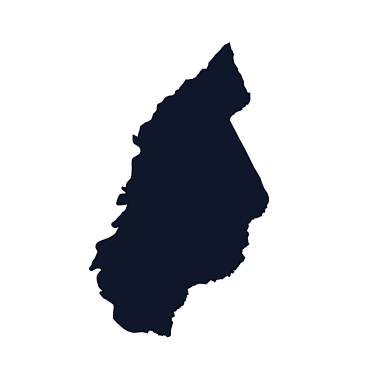 the district of Rong Kham, Kalasin, Thailand, rotated 21°
{"feature_id": "78962969B70209465678714", "entity_name": "Rong Kham", "entity_type": "district", "adm_level": 2, "iso_a3": "THA", "parent_name": "Thailand", "parent_adm1": "Kalasin", "projection": "albers", "projection_center": [103.731, 16.292], "detail": "fine", "context": "isolated", "style": "filled", "palette": "ink", "viewbox_px": 384, "rotation_deg": 21, "n_neighbors": 0, "source": "geoboundaries", "source_scale": "gbopen_adm2", "svg_char_len": 6072}
<svg xmlns="http://www.w3.org/2000/svg" viewBox="0 0 384 384"><g transform="rotate(21 192 192)"><path d="M168.8,340.3L176.6,343.2L178.9,343.8L181.3,344.2L185.6,344.1L188.9,343.3L195.5,339.9L200.6,339.2L200.7,337.4L201.5,336.4L201.6,335.6L201.9,335.4L203.9,335.6L204.3,335.4L204.5,334.9L205.0,334.8L205.4,335.0L205.6,335.4L206.9,336.2L207.4,336.2L207.8,335.5L208.1,335.4L209.0,336.2L211.8,336.4L212.3,337.1L212.7,336.9L213.2,336.1L214.1,336.5L215.8,336.3L215.7,335.3L216.0,335.0L217.7,335.2L218.3,335.0L219.9,334.9L220.2,335.1L220.3,335.6L220.6,335.7L222.4,334.6L222.9,333.3L221.1,328.5L220.7,323.5L220.3,322.2L220.6,321.9L220.5,320.8L218.4,319.6L218.3,318.5L217.4,317.0L217.5,315.9L218.6,315.5L219.2,314.5L219.7,314.0L218.7,312.8L217.9,311.6L216.7,311.2L217.3,310.2L217.1,309.6L217.3,309.3L217.7,309.4L218.1,309.0L218.7,309.1L219.0,308.9L219.1,308.2L219.4,307.7L219.0,306.7L219.5,306.5L219.8,305.8L220.3,306.0L220.9,305.3L219.9,305.2L220.6,304.5L220.7,303.7L221.6,303.6L221.1,303.1L221.5,301.8L221.4,301.2L222.0,301.0L222.5,302.1L223.2,301.3L223.2,300.9L224.0,300.3L223.9,299.1L223.4,297.9L223.6,297.3L223.5,296.7L224.0,296.3L224.5,295.5L223.9,294.7L224.0,293.8L223.9,292.7L224.3,292.1L223.5,291.4L223.3,290.9L223.8,290.0L223.9,289.2L224.7,288.9L224.8,288.6L223.7,287.9L223.5,286.5L222.4,285.5L222.2,284.2L222.9,282.8L224.2,281.5L225.9,279.2L226.9,278.2L228.1,277.5L228.6,276.3L229.5,275.8L230.2,274.9L231.1,274.7L231.6,274.1L233.6,273.7L234.3,273.2L236.2,273.0L237.0,272.5L237.8,272.5L238.0,271.6L238.6,271.3L238.5,270.8L238.8,270.4L239.0,269.9L239.5,269.6L239.7,269.2L239.5,268.1L239.7,267.8L242.2,266.6L243.2,267.1L244.4,266.7L245.1,267.4L245.4,267.4L245.7,265.3L246.2,264.3L247.9,263.7L249.3,262.5L251.0,262.1L253.1,258.8L254.5,257.1L254.8,256.5L255.5,256.5L256.5,257.3L257.0,257.2L257.0,255.0L256.7,253.8L256.8,253.0L257.3,252.7L258.7,252.9L259.4,251.9L259.4,251.5L259.2,251.2L258.1,251.3L257.8,250.8L257.8,250.5L258.5,248.7L259.1,249.1L259.6,249.2L260.3,248.3L260.6,246.2L261.4,244.9L261.2,243.2L261.8,242.6L262.2,241.8L262.1,241.1L261.5,240.1L261.9,239.8L262.4,240.1L262.8,240.0L264.1,238.3L264.6,234.8L264.6,234.6L263.9,234.3L263.5,233.8L262.5,233.5L261.6,232.5L260.6,232.2L259.4,230.2L259.8,229.6L259.8,229.3L259.1,229.2L258.5,228.7L258.6,227.7L259.3,227.3L259.3,226.6L260.2,225.9L260.2,224.6L261.1,224.3L261.7,223.8L262.0,222.7L263.4,220.4L262.1,219.3L260.9,216.9L259.8,215.4L260.0,214.5L259.7,214.1L259.9,212.4L259.6,211.0L258.7,210.1L257.7,209.8L256.5,208.8L256.4,207.1L256.6,206.4L256.7,204.1L256.4,203.2L255.7,202.8L255.4,201.2L256.4,199.9L256.4,199.3L256.8,199.0L257.1,197.6L257.0,196.8L257.2,196.3L258.5,195.0L259.2,195.0L259.3,194.6L259.0,193.7L259.3,192.8L260.1,192.7L260.9,193.0L261.8,192.0L262.7,191.7L263.1,190.5L263.7,190.4L264.3,189.7L265.1,189.2L264.5,188.1L264.5,187.7L264.1,187.4L264.1,187.0L264.9,186.8L265.2,184.7L265.5,184.7L265.7,185.1L266.2,184.9L265.7,184.4L265.6,183.9L266.5,184.1L266.4,183.3L265.3,183.1L264.9,182.3L265.8,181.8L266.0,180.7L266.6,180.3L267.0,179.4L266.9,179.2L266.4,179.2L266.2,177.7L265.8,177.1L266.5,175.4L266.4,174.7L266.6,174.2L265.7,171.3L264.9,169.6L262.7,166.9L257.5,163.0L254.8,160.3L250.2,154.8L241.1,147.6L226.3,134.0L216.6,125.7L200.4,111.3L200.7,108.3L201.5,105.7L202.6,104.6L203.4,102.5L204.2,101.2L206.2,99.3L207.9,97.9L208.7,97.0L208.7,96.7L207.6,96.0L210.1,93.3L210.8,92.3L209.9,91.4L210.2,90.7L212.1,90.1L212.4,89.9L212.9,86.2L212.8,85.6L210.4,79.3L209.9,79.4L208.5,80.3L208.3,80.3L205.5,77.3L202.5,74.9L201.3,73.3L200.2,70.5L196.9,67.3L195.8,65.7L194.7,65.0L193.6,64.6L190.7,62.4L190.3,61.9L190.4,61.2L189.7,60.5L189.2,60.0L188.7,59.9L187.2,58.6L184.6,56.8L181.7,52.0L181.1,48.5L180.5,48.5L178.9,46.2L177.6,45.7L177.1,45.1L173.4,39.8L171.9,42.1L170.8,42.7L170.4,43.1L169.5,45.3L168.8,46.5L168.6,48.0L168.0,50.0L165.3,55.6L164.5,57.9L164.0,60.0L162.1,64.5L161.8,65.5L162.1,66.2L162.4,68.0L162.0,72.8L160.9,72.8L158.6,73.6L158.0,74.2L157.5,75.8L156.9,76.9L156.5,79.7L155.5,81.2L155.4,83.1L154.4,84.7L153.5,85.2L152.9,86.6L149.8,88.1L148.7,88.9L148.4,89.4L147.0,89.4L146.5,89.6L145.5,94.1L144.5,96.5L143.8,98.7L143.6,100.9L143.1,101.7L141.7,102.6L141.1,103.6L141.0,104.1L141.3,106.5L141.1,107.4L139.4,109.4L136.9,110.6L134.3,112.9L133.4,114.3L132.8,117.5L132.2,118.9L131.5,120.0L129.1,122.5L129.1,123.7L129.3,125.0L130.0,126.9L130.2,128.9L130.1,129.5L129.4,131.2L128.6,132.5L128.4,133.2L128.7,135.3L128.7,139.1L126.1,142.7L124.8,143.5L124.0,144.3L120.7,149.5L121.5,152.3L121.7,157.2L122.5,160.8L117.0,160.2L118.3,163.9L119.7,166.4L120.9,167.1L126.3,168.1L127.7,168.8L129.1,170.3L129.9,171.9L130.3,173.2L130.2,174.0L129.8,175.6L129.1,176.8L125.3,181.5L125.0,182.4L125.0,183.5L126.6,188.1L127.8,190.6L130.0,197.6L130.4,199.0L130.5,200.7L130.2,202.4L129.0,205.2L128.4,207.3L128.4,208.4L129.1,210.8L129.1,211.7L128.8,212.1L128.3,212.3L125.4,212.5L125.3,213.2L125.4,213.6L126.0,214.1L130.5,215.6L130.9,216.0L131.1,216.6L130.9,217.4L130.4,218.1L127.5,219.2L126.3,220.1L125.8,221.0L125.6,222.7L125.6,225.9L125.9,229.5L126.1,229.8L126.7,230.2L127.5,230.3L128.1,230.1L132.2,228.2L134.7,226.6L135.8,226.4L136.3,226.4L136.6,226.8L136.8,228.2L136.9,232.0L136.6,233.3L136.1,234.5L134.6,236.5L134.1,239.3L132.5,242.3L131.6,245.6L129.0,249.7L128.8,250.4L129.0,251.3L129.8,252.0L131.0,252.5L132.2,252.7L132.9,252.6L134.0,252.1L135.2,250.5L135.6,250.3L136.2,250.2L136.6,250.5L136.9,251.7L136.4,254.4L136.0,258.0L135.3,259.6L132.5,263.5L131.3,264.9L124.7,270.7L123.1,272.4L122.3,273.7L121.9,275.4L121.9,276.8L122.3,277.8L123.4,279.1L125.5,280.5L125.9,281.7L125.7,288.4L124.5,292.6L125.0,296.4L123.9,299.3L123.9,300.0L124.1,300.5L124.7,301.0L125.5,301.2L126.0,301.2L127.0,300.6L129.4,297.5L130.3,296.9L131.9,296.2L133.5,295.8L134.5,296.0L135.3,296.4L135.8,297.1L135.8,298.0L134.7,300.2L134.0,303.3L134.0,304.5L134.5,306.4L135.7,308.8L139.1,313.4L140.4,314.3L142.9,315.2L144.3,316.0L144.4,316.5L144.2,317.1L142.5,318.4L142.4,319.1L142.8,319.7L147.7,322.3L150.7,322.5L153.0,323.0L158.6,324.5L159.3,325.0L160.1,325.7L160.8,327.0L162.1,332.0L164.0,337.8L168.8,340.3Z" fill="#0f172a" stroke="#020617" stroke-width="1.5"/></g></svg>